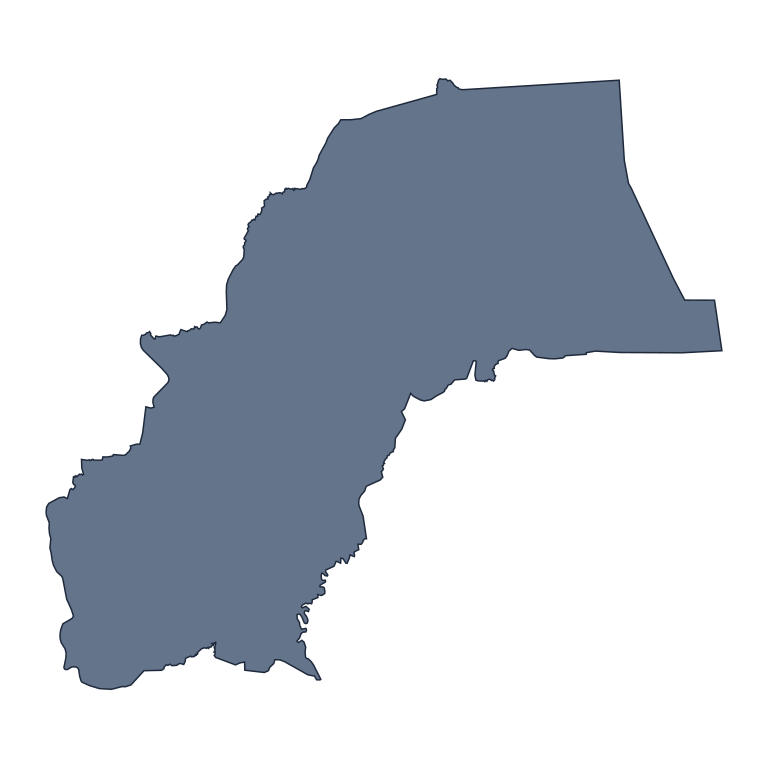 the district of Khao Chaison, Phatthalung, Thailand
{"feature_id": "78962969B96011402806004", "entity_name": "Khao Chaison", "entity_type": "district", "adm_level": 2, "iso_a3": "THA", "parent_name": "Thailand", "parent_adm1": "Phatthalung", "projection": "natural_earth1", "projection_center": [100.092, 7.466], "detail": "fine", "context": "isolated", "style": "filled", "palette": "slate", "viewbox_px": 768, "rotation_deg": 0, "n_neighbors": 0, "source": "geoboundaries", "source_scale": "gbopen_adm2", "svg_char_len": 6044}
<svg xmlns="http://www.w3.org/2000/svg" viewBox="0 0 768 768"><path d="M721.9,350.7L714.5,300.2L684.7,300.1L673.4,278.5L631.4,188.5L628.5,183.3L624.3,160.3L619.2,80.2L462.9,89.7L459.0,89.1L458.1,87.7L456.6,87.3L454.1,85.2L452.6,82.8L450.1,80.3L447.4,80.7L446.5,79.4L445.4,79.0L443.0,79.4L439.8,78.7L438.5,80.3L437.6,84.0L436.9,85.1L437.7,87.3L436.7,88.6L436.7,94.4L376.7,111.2L369.2,114.3L361.1,118.6L351.4,119.7L340.7,119.8L338.6,123.4L334.5,127.5L327.7,138.1L325.8,143.1L319.1,155.3L318.1,159.3L316.2,163.4L313.5,167.7L309.8,179.5L306.9,185.1L306.6,187.2L304.1,188.9L302.6,188.5L300.4,189.3L294.7,188.4L294.6,189.9L293.6,190.3L292.9,188.5L291.0,189.2L288.2,188.3L287.0,189.0L286.2,188.3L286.0,189.1L284.9,189.1L284.4,191.8L283.1,192.2L282.2,193.9L280.9,192.9L279.1,192.7L277.2,193.4L276.4,193.0L273.5,194.7L272.1,194.5L270.3,192.8L270.4,194.4L269.4,194.8L269.4,196.1L267.6,197.2L268.0,198.9L266.1,199.2L264.1,200.8L264.5,206.2L261.6,208.1L261.9,210.3L260.2,214.5L257.9,214.0L257.5,216.3L256.1,216.2L254.8,220.0L253.5,219.4L252.7,220.2L251.7,220.2L251.3,221.4L248.6,223.4L248.0,225.0L249.0,226.7L247.5,228.4L247.6,229.7L248.4,230.7L244.1,238.3L244.4,239.3L245.9,240.2L245.9,241.1L244.7,242.7L244.6,244.9L243.3,246.2L243.3,247.7L244.2,249.5L243.8,256.9L242.5,259.5L237.3,265.1L235.8,265.8L233.2,269.5L228.4,278.9L226.6,284.7L226.3,292.0L226.9,309.7L225.1,315.6L220.3,322.8L214.8,322.2L208.6,322.9L207.0,322.0L203.9,324.3L201.5,324.9L200.5,327.9L199.4,329.0L198.2,328.6L196.9,326.9L195.8,327.3L194.8,326.5L193.8,329.0L191.2,328.8L189.4,330.4L187.7,330.8L187.3,331.7L180.8,329.6L178.9,334.4L175.7,335.9L173.7,336.0L173.3,335.3L171.9,335.5L170.5,334.9L159.7,336.8L155.8,336.1L155.1,338.9L154.4,339.2L150.5,335.0L150.8,333.5L149.5,331.6L148.8,332.5L146.4,333.0L145.8,334.1L143.7,335.2L141.7,335.3L140.5,339.0L140.4,343.6L141.4,347.5L143.3,350.3L161.7,368.3L167.5,374.9L168.6,377.4L169.0,379.8L167.9,382.7L153.9,397.0L153.1,398.8L152.9,402.5L154.1,407.2L150.9,408.1L145.9,406.8L142.7,432.7L139.9,444.1L136.3,444.2L130.3,446.0L130.9,448.0L129.3,451.1L125.6,454.7L124.0,455.4L113.3,454.6L112.7,456.1L107.1,457.0L102.9,456.9L102.3,459.8L100.4,460.2L93.6,460.1L93.3,459.5L92.1,459.4L90.5,460.7L89.6,459.8L87.3,460.3L81.5,459.4L81.8,468.1L83.6,474.4L82.7,475.0L81.3,474.1L80.4,474.6L79.5,474.2L76.7,476.7L75.9,475.8L75.4,476.8L74.7,476.4L74.2,477.2L73.5,476.9L72.8,482.4L73.6,484.4L75.2,485.2L75.0,487.4L72.9,489.6L71.3,488.5L69.9,489.7L67.4,498.5L64.0,497.0L59.3,497.7L48.8,503.4L46.6,507.0L46.1,511.8L46.4,515.2L49.3,522.9L49.0,528.1L49.5,533.8L50.8,538.6L49.9,548.0L51.1,552.7L52.1,559.9L53.4,565.1L56.7,571.6L61.9,576.5L62.8,578.8L66.7,599.2L71.3,609.3L73.5,616.2L71.9,618.5L62.9,623.8L60.7,629.8L60.0,634.8L60.2,638.8L61.2,642.6L65.1,648.9L66.1,653.1L65.9,657.9L63.9,667.5L64.6,669.1L65.9,669.6L67.3,669.5L72.2,666.8L76.2,667.0L77.7,667.9L78.7,669.5L79.7,676.4L81.1,681.0L82.2,682.3L89.8,685.7L99.4,688.6L111.5,689.3L122.0,686.6L125.5,686.7L131.0,684.9L144.0,670.7L161.6,670.3L163.9,668.7L164.2,667.0L166.4,664.7L167.8,665.4L170.0,664.2L172.0,665.7L176.7,665.3L179.1,663.7L180.6,663.5L183.7,664.5L185.1,661.6L185.6,658.3L190.6,656.1L191.5,656.9L194.6,656.4L194.9,655.4L196.2,655.3L195.9,654.3L197.3,654.2L197.8,653.5L197.5,652.5L201.5,648.8L204.2,647.8L206.7,648.3L207.4,647.6L208.7,648.4L209.1,647.1L211.1,647.0L212.5,644.9L213.3,645.3L213.3,644.3L212.2,643.5L214.3,643.5L214.8,642.5L215.7,642.3L215.8,643.5L214.9,643.5L215.4,645.6L214.3,647.2L214.9,647.6L214.5,648.4L215.2,649.1L214.1,652.2L215.1,652.1L215.1,654.1L214.2,655.4L215.6,657.4L235.5,664.9L240.0,662.9L244.6,662.1L244.8,670.2L264.4,672.5L268.5,670.6L269.7,667.4L273.8,663.5L274.8,659.7L279.9,659.9L284.4,661.6L307.9,674.8L314.5,676.1L316.6,679.8L320.0,679.9L320.8,679.3L313.6,665.1L311.4,661.9L308.4,658.9L306.4,658.3L305.5,657.0L305.1,651.6L305.7,647.2L304.0,642.1L301.9,640.3L298.5,642.4L297.1,641.6L297.1,640.8L299.5,638.1L301.1,633.7L302.8,632.2L305.9,631.9L306.5,630.3L306.3,628.9L305.7,628.4L301.5,629.2L299.9,625.7L299.4,622.4L297.2,618.7L297.0,615.0L298.2,614.0L300.1,614.4L301.8,616.9L304.3,622.9L305.6,623.6L307.0,623.3L307.8,621.5L307.8,619.5L306.4,616.3L304.4,613.6L304.2,612.1L305.6,610.5L308.4,611.6L309.2,609.3L305.9,606.3L302.5,607.8L301.6,607.4L301.5,606.2L302.5,604.9L306.0,603.1L307.9,603.9L309.5,603.2L311.5,603.8L312.1,602.6L312.2,599.8L318.0,597.5L317.7,594.6L321.6,595.5L324.7,593.6L324.9,591.4L324.2,587.7L323.1,587.0L320.2,586.8L319.7,586.2L320.3,585.0L325.3,582.1L325.6,581.2L325.2,580.1L322.9,580.5L321.7,579.7L321.1,576.2L321.7,573.3L322.8,573.3L325.1,575.6L327.4,576.0L327.8,575.0L325.5,571.5L325.9,569.9L334.1,566.2L336.0,561.5L337.2,561.5L340.6,563.2L340.9,558.2L343.0,558.6L345.9,563.2L347.1,563.3L349.2,558.4L350.0,555.0L354.3,556.6L354.6,555.3L354.0,553.1L354.6,551.6L358.8,549.7L357.9,544.2L361.1,544.3L362.6,542.5L363.5,540.0L365.2,538.7L366.5,538.7L363.1,516.1L359.2,506.2L358.7,503.4L359.0,499.3L360.7,495.6L364.7,491.0L365.9,487.2L366.7,486.1L380.2,480.0L382.8,477.2L381.3,471.6L382.5,470.6L383.4,468.9L382.3,466.1L383.4,465.2L383.6,463.8L384.5,463.5L383.7,462.2L385.5,459.0L386.8,458.1L387.5,455.7L388.9,455.3L390.3,452.8L393.3,451.6L393.4,449.8L394.8,447.8L395.4,438.3L401.7,429.3L405.4,419.8L401.4,411.6L404.6,408.8L410.7,393.4L413.3,396.2L420.4,400.0L424.2,400.9L430.9,399.6L436.6,395.8L443.1,392.4L444.7,390.9L444.7,389.4L446.2,388.6L448.2,385.0L451.0,384.2L454.6,379.9L465.7,379.0L466.7,378.3L473.4,360.7L475.7,360.9L476.2,362.0L474.9,375.1L475.9,380.1L478.3,380.9L484.1,381.1L484.8,381.7L485.8,380.4L486.9,381.3L487.5,379.9L489.6,379.2L491.6,380.5L492.6,380.2L493.4,381.1L494.7,379.8L494.8,377.6L495.7,375.9L494.3,374.8L493.7,371.1L492.5,370.3L492.7,369.0L494.3,368.5L494.2,366.7L494.8,365.5L496.4,363.9L498.1,363.5L498.0,361.5L498.6,360.7L505.1,358.3L506.9,356.1L508.9,351.2L512.0,348.4L518.8,350.3L526.2,349.5L529.7,350.1L534.5,355.5L536.8,357.1L549.2,358.7L555.3,358.8L562.7,358.0L564.3,357.1L565.3,355.7L586.2,354.3L586.2,352.7L595.5,351.1L620.2,352.5L681.9,352.8L721.9,350.7Z" fill="#64748b" stroke="#1e293b" stroke-width="1.5"/></svg>